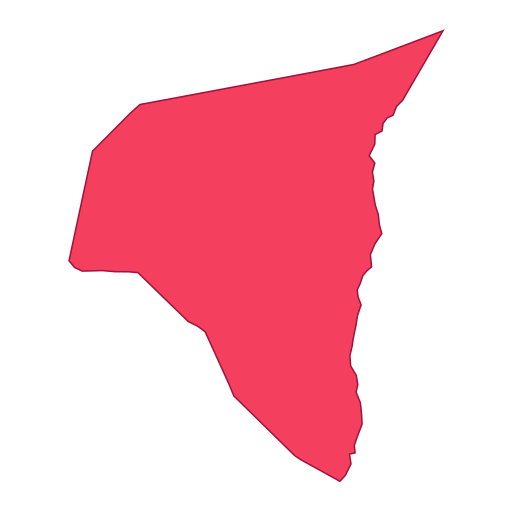 outline of Umarizal, Rio Grande do Norte, Brazil
{"feature_id": "56859067B79675965708258", "entity_name": "Umarizal", "entity_type": "district", "adm_level": 2, "iso_a3": "BRA", "parent_name": "Brazil", "parent_adm1": "Rio Grande do Norte", "projection": "equal_earth", "projection_center": [-37.803, -6.001], "detail": "fine", "context": "isolated", "style": "filled", "palette": "rose", "viewbox_px": 512, "rotation_deg": 0, "n_neighbors": 0, "source": "geoboundaries", "source_scale": "gbopen_adm2", "svg_char_len": 928}
<svg xmlns="http://www.w3.org/2000/svg" viewBox="0 0 512 512"><path d="M362.1,424.1L361.5,413.4L360.4,402.8L356.1,392.2L357.8,384.6L356.3,375.4L350.7,366.0L349.9,355.7L352.2,345.9L353.3,338.1L356.1,324.7L357.4,315.9L361.1,304.9L358.1,297.0L357.2,290.0L360.2,283.5L362.8,275.7L366.8,270.9L371.6,266.8L370.4,254.5L375.0,243.7L381.8,233.6L379.4,224.8L378.3,214.5L375.3,205.1L372.5,189.0L373.9,181.2L372.4,172.1L374.8,163.0L369.2,155.8L374.8,144.0L375.1,134.6L382.1,130.9L383.0,123.5L387.1,118.0L393.1,115.2L396.4,106.6L402.6,100.3L443.0,30.7L372.1,57.6L354.0,64.4L306.3,73.4L140.0,104.5L130.3,113.2L92.5,151.2L69.0,260.8L74.6,267.5L82.2,271.1L102.4,270.6L115.1,271.7L128.8,271.8L137.9,272.6L188.2,321.5L197.6,326.2L205.2,331.8L229.0,384.2L233.9,396.0L294.6,455.5L300.6,459.6L339.9,481.3L345.4,475.3L351.0,463.9L349.5,454.1L355.1,452.9L354.3,445.3L357.0,437.5L362.1,424.1Z" fill="#f43f5e" stroke="#9f1239" stroke-width="1.5"/></svg>